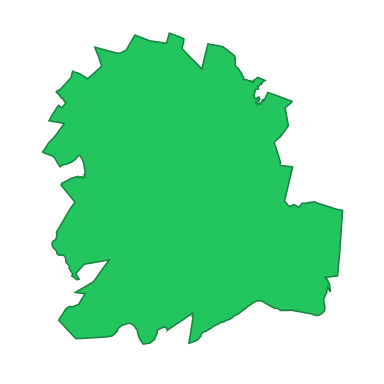 Tuxtla Gutiérrez, Chiapas, Mexico, rotated 95°
{"feature_id": "50627088B93662357554610", "entity_name": "Tuxtla Gutiérrez", "entity_type": "district", "adm_level": 2, "iso_a3": "MEX", "parent_name": "Mexico", "parent_adm1": "Chiapas", "projection": "albers", "projection_center": [-93.125, 16.745], "detail": "fine", "context": "isolated", "style": "filled", "palette": "green", "viewbox_px": 384, "rotation_deg": 95, "n_neighbors": 0, "source": "geoboundaries", "source_scale": "gbopen_adm2", "svg_char_len": 5907}
<svg xmlns="http://www.w3.org/2000/svg" viewBox="0 0 384 384"><g transform="rotate(95 192 192)"><path d="M279.4,45.5L272.3,46.8L266.8,50.0L266.8,50.9L265.5,52.2L263.0,39.7L238.5,39.6L197.2,40.4L196.6,46.6L195.4,51.3L192.1,66.2L191.0,69.1L193.4,78.8L193.6,81.4L197.8,84.1L195.6,89.2L198.1,93.8L192.8,99.1L186.8,98.1L158.2,93.9L157.8,106.3L156.5,106.8L155.0,106.3L150.9,107.9L135.2,114.5L128.7,108.4L125.5,106.5L125.1,106.2L117.7,101.7L100.1,106.6L94.2,100.9L92.9,100.3L86.4,124.1L86.2,125.1L94.2,128.1L93.8,128.4L94.9,128.9L94.7,129.0L94.2,128.9L93.9,129.3L94.8,129.7L94.7,130.0L98.5,131.2L98.6,131.6L98.2,133.0L98.0,132.9L98.4,133.7L98.9,134.3L97.9,134.0L97.8,136.0L96.1,136.1L96.0,133.3L95.2,133.3L95.2,133.2L93.3,132.5L91.5,133.6L92.1,134.9L92.3,134.9L92.3,134.6L92.7,134.5L92.8,135.3L93.4,135.3L93.3,136.7L93.3,137.4L93.1,137.8L92.9,137.8L92.4,138.4L91.9,138.0L91.6,138.0L91.3,138.2L91.0,138.4L90.2,139.1L89.5,138.6L86.6,137.9L84.8,138.1L84.6,137.8L84.4,137.6L84.4,137.3L84.0,136.2L83.5,134.9L83.2,135.1L82.4,134.9L81.8,135.2L81.3,135.8L81.4,135.0L80.7,134.7L78.5,133.6L78.8,132.5L76.0,131.1L74.5,128.8L72.1,136.4L73.1,137.5L75.2,140.0L75.4,140.3L76.0,140.7L77.2,141.0L77.4,141.0L77.1,141.5L76.3,142.6L75.9,143.6L76.0,143.8L76.5,144.2L75.4,147.3L75.3,148.7L75.4,149.5L75.5,150.9L75.4,150.9L74.3,150.5L72.8,150.7L72.7,150.7L72.1,151.8L69.1,153.2L67.3,154.9L66.7,155.1L64.6,157.1L62.6,159.8L55.7,160.7L55.6,160.2L53.4,161.3L52.7,161.3L44.5,173.9L43.5,183.1L43.6,185.4L42.9,188.9L54.2,190.9L68.6,192.9L68.0,193.6L66.3,195.4L64.4,197.6L62.9,199.4L62.1,200.4L61.0,201.7L59.0,204.3L58.8,204.6L56.1,207.5L54.7,209.3L54.2,209.5L52.3,211.8L49.9,214.5L46.7,214.1L44.0,213.4L43.8,213.4L43.0,213.5L41.3,213.4L40.0,213.5L37.9,220.0L36.4,226.0L35.7,228.4L46.0,230.5L45.1,247.1L40.6,262.6L56.3,269.9L59.8,275.3L60.2,278.8L56.2,301.4L57.4,300.9L58.8,300.2L61.7,298.8L64.5,297.2L65.8,296.6L67.3,296.1L74.4,293.0L74.5,293.0L82.5,300.2L88.3,306.0L86.1,309.8L84.4,313.5L83.9,314.5L83.5,315.9L83.1,317.3L82.9,318.7L82.5,320.1L82.0,321.5L88.5,322.4L101.9,332.6L102.3,334.0L102.8,334.8L103.4,335.5L104.0,336.0L104.6,335.5L105.6,334.4L107.0,332.5L108.9,331.1L109.8,330.4L110.3,329.0L111.2,327.8L112.6,327.4L113.1,326.7L113.6,326.2L114.1,325.3L119.3,329.0L117.4,332.6L127.2,337.9L132.2,340.1L133.5,340.8L133.6,339.5L134.1,334.6L134.1,333.8L134.1,333.2L134.2,332.4L134.2,331.5L134.3,330.7L134.4,329.8L135.0,325.3L142.1,329.6L144.6,330.9L145.2,331.3L149.3,334.1L150.4,334.8L155.8,339.3L160.4,341.5L165.2,344.4L166.4,341.5L166.8,339.5L167.4,337.7L168.0,335.0L168.6,333.7L169.1,332.9L170.4,331.5L174.3,328.9L178.4,325.6L176.9,324.0L175.9,321.9L175.3,319.5L174.4,317.9L173.3,315.6L171.9,313.6L170.5,311.9L169.1,310.6L166.6,309.0L165.6,308.1L165.4,306.8L166.9,305.9L168.6,304.5L171.0,303.2L173.0,302.3L175.2,301.8L177.6,301.2L180.2,300.4L181.9,300.1L183.8,300.2L184.1,301.0L185.2,300.5L186.3,300.1L187.3,302.7L186.2,303.0L187.4,306.3L186.3,306.8L188.6,312.8L188.6,313.0L189.0,313.8L191.2,316.8L192.7,319.5L193.6,320.5L194.3,322.0L195.1,322.3L195.5,322.8L196.1,323.1L196.7,322.9L212.4,307.6L218.5,311.5L244.1,323.6L245.5,322.8L246.7,322.9L248.5,323.1L249.4,323.2L250.0,323.1L251.0,323.9L251.8,324.3L252.9,325.8L254.0,326.6L255.2,326.9L256.7,326.8L258.1,326.2L259.3,325.6L260.6,324.2L262.1,322.3L263.1,321.7L264.6,321.4L265.5,320.7L266.3,319.7L266.6,318.8L266.3,317.2L266.1,315.5L266.7,313.8L267.7,312.8L269.5,312.1L272.1,311.6L273.4,311.0L274.6,309.7L275.6,308.6L276.3,308.0L277.3,307.8L278.8,307.7L284.3,303.6L285.4,304.1L285.6,304.3L286.0,304.6L289.5,298.8L288.7,296.8L283.5,300.6L273.4,293.2L266.9,268.6L279.1,276.0L285.7,279.8L290.1,282.5L300.1,296.5L302.2,299.4L302.5,295.6L302.6,290.3L302.7,290.2L302.8,289.7L311.5,294.1L313.9,295.2L316.9,301.3L316.6,303.4L316.9,304.2L317.2,304.7L317.6,305.3L318.2,306.2L319.7,307.6L320.7,308.3L321.9,308.2L321.8,308.7L323.2,309.4L324.2,309.8L325.1,310.3L325.9,310.8L326.7,311.2L327.1,311.5L328.2,312.2L328.6,312.4L329.5,312.8L330.2,313.0L330.8,313.2L331.1,313.4L331.4,313.6L348.3,294.9L348.0,293.6L347.7,290.5L343.8,264.3L343.2,262.2L342.5,259.8L342.4,259.0L342.1,258.7L337.5,254.5L337.4,254.7L336.9,254.8L336.9,254.5L335.4,254.0L334.0,253.3L332.4,251.7L331.7,251.1L331.0,250.1L329.2,245.8L328.5,244.3L328.2,243.1L328.5,241.4L329.4,239.6L330.1,238.6L330.4,238.1L332.1,236.6L333.5,235.7L334.2,234.4L335.0,234.1L336.1,234.2L337.5,233.7L342.9,231.4L347.8,227.4L346.2,220.7L342.3,216.6L340.9,216.3L339.1,215.6L338.2,215.5L338.3,215.2L336.1,214.5L333.0,214.5L332.6,214.5L331.8,213.4L331.5,212.8L330.9,211.8L328.5,207.0L330.1,205.6L331.2,204.9L331.5,204.7L332.1,204.6L331.6,204.2L325.0,196.2L324.7,195.7L323.4,194.0L322.1,192.4L320.2,189.8L318.6,188.2L317.3,186.6L314.7,183.3L312.6,181.2L314.2,179.9L314.3,179.9L315.6,181.2L316.4,180.5L317.1,180.0L343.0,181.9L342.4,180.4L340.9,177.2L340.0,175.3L339.1,174.0L338.1,172.9L335.9,171.3L334.8,170.6L333.7,170.5L332.7,170.3L331.7,169.5L330.7,168.6L330.1,167.6L329.7,166.1L328.4,164.4L326.1,161.3L324.9,159.9L323.5,158.4L322.7,156.8L321.6,155.2L321.1,154.1L320.7,153.4L320.0,152.8L319.5,152.2L319.4,151.1L318.9,150.0L318.5,148.8L317.8,147.9L317.3,147.4L317.0,146.7L316.6,146.0L316.1,144.5L315.5,143.2L314.9,142.5L314.0,141.6L313.6,140.7L312.7,140.3L311.9,139.6L311.1,137.8L310.0,136.2L309.0,134.7L307.7,133.3L307.0,132.5L306.3,131.9L305.4,131.0L304.7,130.4L304.0,129.5L303.6,128.7L302.8,127.8L301.5,127.0L299.4,124.2L295.9,119.9L295.1,118.4L295.0,117.8L294.3,113.7L300.7,99.8L300.6,98.9L300.3,97.9L301.0,95.9L302.2,93.5L302.3,92.0L302.0,89.8L301.7,87.1L301.6,85.7L301.1,83.1L302.1,72.3L302.7,68.1L302.4,66.6L302.9,64.2L303.1,62.3L303.8,59.6L304.2,57.5L304.0,55.8L303.8,55.0L303.3,54.2L302.7,53.3L302.1,52.5L300.5,51.0L299.4,50.1L298.5,49.7L296.3,49.5L294.4,49.7L292.3,50.3L290.5,51.0L288.9,51.2L287.4,51.3L286.1,51.2L284.2,50.4L281.7,49.6L280.5,49.0L277.5,49.0L276.2,48.7L275.0,48.7L279.4,45.5Z" fill="#22c55e" stroke="#15803d" stroke-width="1.5"/></g></svg>